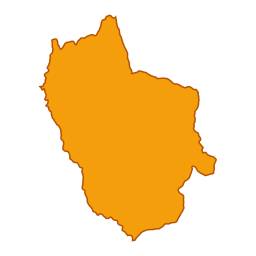 the district of Pueblo Rico, Risaralda, Colombia
{"feature_id": "7082276B22807037286061", "entity_name": "Pueblo Rico", "entity_type": "district", "adm_level": 2, "iso_a3": "COL", "parent_name": "Colombia", "parent_adm1": "Risaralda", "projection": "natural_earth1", "projection_center": [-76.101, 5.29], "detail": "fine", "context": "isolated", "style": "filled", "palette": "amber", "viewbox_px": 256, "rotation_deg": 0, "n_neighbors": 0, "source": "geoboundaries", "source_scale": "gbopen_adm2", "svg_char_len": 5694}
<svg xmlns="http://www.w3.org/2000/svg" viewBox="0 0 256 256"><path d="M213.5,173.4L213.6,171.3L214.1,169.8L214.3,168.7L214.3,167.8L214.0,166.3L214.1,165.3L214.6,163.5L214.9,162.7L215.6,161.5L216.0,160.2L216.1,159.7L215.8,159.0L213.7,157.0L212.6,156.6L211.0,156.3L208.1,155.0L207.4,154.5L206.9,154.0L206.2,152.8L205.6,152.4L204.5,152.4L203.4,152.9L202.7,152.5L202.2,150.6L201.9,150.2L202.1,149.4L202.7,148.3L203.1,147.4L202.0,146.4L201.2,145.2L199.7,143.6L199.3,142.8L198.8,142.3L199.5,141.1L200.3,140.3L200.7,139.1L200.6,138.7L199.7,136.8L199.2,136.4L198.9,135.9L198.7,135.3L198.4,133.7L197.9,133.0L197.7,132.7L196.6,132.3L195.1,131.3L194.2,130.0L193.6,128.8L193.5,128.2L194.0,127.1L194.2,126.1L193.8,123.9L194.8,122.2L195.1,120.2L195.1,118.4L194.4,115.8L194.5,114.9L194.9,113.5L194.9,111.6L195.4,110.7L196.8,109.0L197.7,107.4L198.6,103.9L198.5,102.5L198.9,100.4L198.8,98.8L198.5,97.5L198.8,96.5L198.4,95.2L197.9,94.0L198.3,92.9L198.0,92.1L196.4,89.8L196.1,89.5L195.1,89.6L193.6,89.4L193.2,89.1L192.5,88.5L190.1,86.9L189.6,86.8L187.9,86.7L185.1,87.8L183.6,87.4L178.5,84.5L177.3,84.1L174.7,83.9L173.5,83.6L170.0,80.4L167.8,78.9L164.7,78.2L162.5,78.2L159.2,78.5L157.2,78.5L155.8,77.2L153.6,76.7L150.3,75.3L148.0,74.0L146.2,72.7L141.0,71.3L138.7,70.9L138.0,71.8L136.9,72.3L134.1,73.0L132.7,73.5L131.7,73.5L131.9,73.1L131.9,72.4L131.6,71.2L131.5,70.1L130.5,68.7L129.6,66.7L129.4,65.6L129.3,63.1L128.4,60.2L127.8,58.9L127.5,57.3L127.6,53.2L126.7,51.4L126.2,50.1L125.1,48.0L124.1,46.3L123.6,44.6L123.0,43.3L121.9,39.7L121.2,37.2L119.6,34.1L119.6,33.0L119.2,30.5L118.8,28.9L117.6,27.4L117.2,25.9L116.3,21.6L116.3,19.5L115.8,18.4L115.6,17.0L115.1,17.6L114.5,17.9L113.7,18.0L113.0,17.8L112.3,17.4L110.9,15.8L109.5,15.4L108.9,15.5L108.1,16.0L106.8,16.3L105.8,17.4L105.5,18.0L105.4,19.3L103.1,19.9L102.4,20.2L101.9,21.2L101.2,23.6L100.7,26.1L99.6,29.1L98.9,30.7L97.9,32.1L96.6,34.8L96.1,35.3L95.2,35.7L94.7,35.7L94.0,35.3L92.3,34.6L91.7,34.7L87.6,36.1L84.5,38.0L82.3,38.0L81.6,37.9L80.9,38.2L77.8,41.3L76.4,44.3L76.1,44.7L75.7,44.8L75.4,44.6L74.1,42.3L73.6,41.7L73.0,41.3L71.1,41.4L68.9,42.1L66.5,42.5L65.5,43.1L64.8,44.0L64.2,44.9L63.5,46.3L62.7,47.5L61.6,48.7L61.0,49.1L60.4,49.2L60.0,48.7L59.1,46.3L58.5,45.4L58.0,44.9L57.6,42.9L57.6,42.0L57.4,41.2L56.8,39.8L56.1,39.0L55.1,39.0L52.3,39.7L52.0,40.2L51.9,41.5L52.2,42.1L52.3,43.2L52.2,46.9L52.7,47.7L52.9,48.2L52.8,48.9L52.8,51.1L52.6,52.0L52.4,52.5L50.4,54.9L50.1,55.7L50.0,56.1L50.3,57.3L50.3,58.0L49.9,59.4L49.8,60.5L49.7,62.5L49.1,63.4L49.1,64.1L49.0,64.6L48.0,66.3L47.5,67.0L47.3,67.4L47.3,67.7L47.5,68.2L48.6,70.0L48.7,71.2L47.0,72.5L45.6,73.3L44.4,74.6L44.8,76.0L46.0,77.7L46.3,78.5L46.1,78.8L45.5,79.3L45.3,79.8L45.2,80.9L45.3,81.8L45.2,81.9L45.0,83.0L44.5,83.5L44.2,83.6L44.2,83.8L43.6,84.4L43.3,85.2L43.2,86.0L42.2,86.5L41.1,86.4L39.9,86.6L41.0,87.8L42.0,89.5L42.5,89.9L42.9,90.0L43.2,89.3L43.8,88.9L44.1,88.8L44.3,89.1L44.6,90.0L45.1,92.4L46.1,94.6L46.1,95.9L45.8,97.2L45.5,97.9L44.9,98.8L44.9,99.3L45.2,99.8L45.8,100.3L47.5,100.0L47.9,100.1L48.1,100.4L48.0,101.8L47.8,103.0L47.5,103.8L47.0,104.6L46.1,105.4L46.1,105.9L46.5,106.3L47.8,106.5L48.6,107.5L48.6,108.9L49.6,110.6L50.0,111.1L50.9,111.4L51.2,111.8L51.3,113.6L51.7,114.6L51.7,115.7L52.3,117.1L52.5,118.2L52.8,118.5L53.6,119.0L54.2,120.6L55.1,121.7L56.1,123.2L56.6,124.4L57.0,124.7L58.0,125.2L59.3,126.7L59.6,127.4L59.9,127.8L60.0,128.4L60.7,129.5L61.0,132.1L61.0,133.4L61.3,134.1L61.0,137.3L61.0,138.6L61.2,139.2L63.4,141.4L63.6,142.1L63.6,144.6L63.0,146.6L62.9,147.9L62.9,148.5L63.1,149.4L64.4,150.8L65.1,151.1L67.7,151.5L68.1,151.7L69.2,153.3L69.5,154.6L70.0,156.7L69.9,158.5L70.1,159.0L70.9,159.3L72.3,160.6L73.0,161.5L73.8,162.2L75.6,162.6L77.2,162.6L78.4,164.3L78.8,165.4L79.3,166.4L79.7,167.0L80.6,167.5L82.2,168.0L82.5,168.6L82.5,169.2L81.9,171.2L81.9,172.0L82.9,174.6L83.1,175.5L83.2,176.8L83.3,179.4L83.0,180.3L82.8,184.6L82.5,185.4L82.3,187.1L82.2,188.0L82.4,188.9L83.2,189.6L84.1,189.8L84.7,190.3L85.0,191.0L84.9,193.1L85.3,194.6L85.8,195.3L86.3,196.7L87.2,198.7L87.3,201.4L87.7,203.0L89.8,206.2L90.8,207.0L91.5,208.1L92.0,208.5L92.2,209.1L92.5,209.6L92.8,210.9L93.1,211.5L94.8,212.1L95.8,212.7L96.6,213.7L96.8,214.4L97.1,214.7L97.7,215.1L98.3,215.1L98.7,214.9L99.5,213.9L101.3,214.0L102.2,214.5L103.1,215.3L103.4,215.9L105.3,217.4L106.1,218.4L108.5,218.4L110.5,217.1L111.7,217.6L112.8,219.1L114.2,220.1L115.1,220.1L117.2,220.7L117.7,221.8L117.8,223.1L118.4,224.2L119.5,224.9L122.4,225.9L122.7,226.8L122.7,227.7L122.3,228.6L122.2,229.7L122.3,230.5L123.9,231.3L125.2,232.2L126.8,234.3L127.2,235.1L127.9,235.5L128.5,235.3L129.6,235.3L130.7,235.4L131.6,235.8L132.0,236.3L132.6,237.9L132.5,240.6L134.4,240.4L135.3,239.7L136.4,237.7L139.5,234.7L140.0,234.0L140.7,233.1L141.9,232.1L143.6,231.2L147.2,229.8L151.5,229.5L153.1,229.5L156.5,228.7L158.7,228.8L159.7,228.6L160.6,227.7L162.6,226.6L163.6,225.6L164.6,224.2L165.7,223.8L167.3,223.9L168.5,223.7L168.8,223.9L171.6,222.7L175.1,222.4L176.0,222.0L176.7,221.5L177.8,219.2L178.6,217.8L179.4,216.3L180.4,214.8L180.9,213.4L181.8,212.1L182.5,211.3L182.7,210.6L183.0,209.6L183.8,208.4L183.9,207.7L183.6,206.5L183.4,205.1L183.5,204.0L183.7,202.8L183.5,199.5L183.7,196.3L182.7,194.8L181.3,194.1L179.9,193.2L179.1,192.1L178.3,190.7L178.3,189.6L178.8,188.5L181.1,187.0L182.0,186.3L182.7,185.5L183.9,182.7L184.6,181.5L185.5,180.7L186.3,180.4L187.2,179.8L188.5,178.5L189.2,178.0L189.6,177.1L190.4,174.5L191.1,173.2L192.0,169.8L192.4,168.9L192.4,168.7L191.9,167.8L191.9,167.1L192.1,166.6L192.7,166.3L194.1,166.5L194.9,166.8L195.6,167.4L198.0,171.3L201.2,173.5L202.8,174.1L203.6,174.5L204.5,175.3L205.5,175.5L206.2,175.4L208.7,174.7L209.6,174.3L210.6,174.0L212.1,173.8L213.5,173.4Z" fill="#f59e0b" stroke="#b45309" stroke-width="1.5"/></svg>